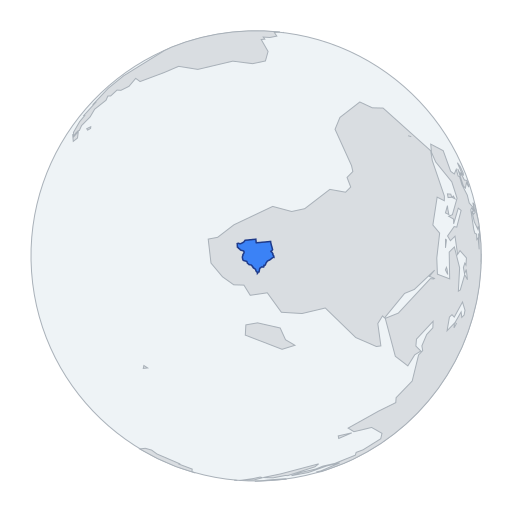 Botswana highlighted on a globe, orthographic projection, rotated 86°
{"feature_id": "BWA", "entity_name": "Botswana", "entity_type": "country or territory", "adm_level": 0, "iso_a3": "BWA", "parent_name": "Africa", "parent_adm1": "", "projection": "orthographic", "projection_center": [24.585, -22.321], "detail": "fine", "context": "on_globe", "style": "filled", "palette": "blue", "viewbox_px": 512, "rotation_deg": 86, "n_neighbors": 0, "source": "natural_earth", "source_scale": "50m", "svg_char_len": 6952}
<svg xmlns="http://www.w3.org/2000/svg" viewBox="0 0 512 512"><g transform="rotate(86 256 256)"><circle cx="256" cy="256" r="225" fill="#eef3f6" stroke="#a8b0b8"/><path d="M34.2,216.5L34.3,222.1L38.1,219.9L39.0,226.9L38.1,233.5L40.3,232.1L40.4,235.7L52.8,229.7L62.1,233.0L63.9,246.0L60.0,265.6L65.8,301.0L61.4,320.0L66.5,334.6L73.9,359.5L70.4,363.6L77.9,370.9L81.3,379.2L80.8,383.1L86.2,389.8L86.1,392.6L90.2,394.8L98.3,406.7L105.7,411.8L113.7,420.9L118.5,423.5L118.6,424.6L120.7,427.1L123.7,429.2L120.0,429.5L109.6,422.5L104.0,417.1L103.8,418.0L90.9,404.5L93.8,408.4L78.3,391.6L66.9,375.3L44.7,333.1L42.2,326.8L41.9,326.2L37.5,311.0L34.2,295.4L32.0,279.7L30.9,263.9L30.9,248.1L32.0,232.3L34.2,216.5ZM128.9,430.3L121.7,430.4L124.5,429.7L119.5,424.6L125.8,425.8L128.9,430.3ZM117.2,416.0L115.5,411.8L117.2,412.1L118.7,415.2L117.2,416.0ZM279.5,32.0L277.9,31.8L269.4,31.1L277.4,32.1L276.6,31.8L281.1,32.3L283.1,32.4L286.3,32.8L285.7,32.7L301.4,35.3L316.9,39.1L332.1,44.0L346.9,49.9L361.3,56.8L375.1,64.8L388.3,73.7L400.9,83.5L412.7,94.2L423.8,105.7L434.0,117.9L443.3,130.9L451.7,144.4L459.1,158.6L465.5,173.2L465.6,173.4L469.1,183.0L474.8,202.5L475.7,206.0L475.7,211.0L474.9,206.2L468.2,186.9L470.4,200.2L475.6,218.8L477.6,235.9L475.1,226.5L472.7,211.3L470.3,204.0L468.4,191.8L461.6,170.8L458.9,169.8L456.8,162.7L447.0,144.3L441.7,142.7L435.1,152.6L438.1,170.6L434.1,176.1L419.3,144.6L412.0,126.8L407.1,126.1L391.6,108.9L366.0,100.7L362.0,96.3L357.2,96.8L346.2,91.2L340.0,84.6L333.5,83.9L350.1,101.7L357.0,102.8L362.3,98.2L365.6,104.5L376.2,112.2L365.8,124.0L327.2,131.4L322.9,118.0L290.7,83.6L291.3,80.5L291.2,80.1L290.8,79.5L288.4,84.5L282.6,78.8L300.4,100.4L303.7,110.4L326.7,132.1L324.6,134.0L331.9,139.2L354.4,137.7L354.7,142.2L344.3,162.2L312.7,190.5L316.6,214.1L313.9,234.6L293.5,247.3L294.8,264.5L284.2,270.1L283.2,280.2L274.4,290.9L259.9,301.4L235.8,302.5L234.7,293.0L223.3,275.8L207.7,235.9L214.1,217.3L212.2,204.1L194.7,177.7L198.6,162.2L193.8,156.7L184.0,159.7L178.5,153.5L172.5,154.4L135.1,168.3L123.6,162.6L109.6,141.7L116.3,129.6L117.3,118.9L163.2,74.4L173.1,73.5L209.4,63.9L214.0,64.3L209.9,71.2L237.4,77.4L246.0,71.2L270.6,75.8L286.8,76.3L292.3,64.4L265.6,63.0L260.8,57.5L282.0,53.7L305.2,56.6L304.1,54.6L289.2,49.1L294.4,46.7L284.1,47.2L288.4,49.2L282.0,49.9L277.7,48.2L279.7,47.2L272.6,46.2L264.9,52.1L268.5,54.8L250.1,56.1L254.3,61.0L249.4,63.5L240.5,56.3L241.2,53.7L224.8,48.2L222.4,50.9L237.7,56.6L233.0,56.3L229.8,61.0L228.5,57.2L212.4,51.4L195.7,55.5L174.7,70.2L164.9,73.7L156.6,73.9L164.0,61.9L185.1,55.9L188.0,52.5L183.5,50.2L190.3,48.8L191.0,47.4L199.0,45.7L210.0,41.0L218.0,39.6L222.2,36.4L226.9,35.5L223.1,37.5L224.8,38.5L244.8,36.9L248.6,36.1L249.6,34.4L255.0,34.6L253.5,33.2L264.9,32.9L249.7,32.4L250.6,31.5L257.3,30.9L254.9,30.8L243.9,31.8L242.0,32.4L244.7,32.9L237.0,35.9L230.2,36.9L227.9,34.4L217.9,36.0L220.5,34.2L239.0,31.4L259.3,30.7L279.5,32.0ZM147.8,92.8L146.6,95.9L147.8,92.8ZM330.4,67.3L343.9,70.6L336.8,62.7L341.5,63.5L337.4,60.8L336.3,62.1L326.1,55.3L331.6,55.0L329.4,52.5L324.7,51.3L316.3,53.2L330.8,62.5L328.2,64.6L330.4,67.3ZM35.0,212.5L34.9,212.8L34.8,213.3L35.0,212.5ZM187.5,43.6L190.2,43.4L187.2,45.1L177.0,48.6L181.2,46.0L187.5,43.6ZM194.8,42.8L195.3,40.3L201.7,38.6L198.0,39.9L202.2,39.0L197.4,40.9L202.9,42.4L200.6,44.2L183.1,48.7L190.1,46.0L186.9,46.1L194.8,42.8ZM219.1,61.5L222.6,61.4L228.1,60.7L226.2,64.0L219.1,61.5ZM207.9,57.4L211.1,56.6L211.1,60.3L207.4,60.7L207.9,57.4ZM212.8,53.5L211.2,56.3L209.9,55.0L212.8,53.5ZM226.0,36.9L229.4,36.4L229.8,36.7L227.9,37.6L226.0,36.9ZM287.8,66.0L283.1,68.0L280.6,66.8L282.7,66.3L287.8,66.0ZM253.2,64.9L261.1,66.4L252.6,65.8L253.2,64.9ZM360.1,371.9L360.3,376.3L357.4,375.5L360.1,371.9ZM350.9,236.5L334.2,272.2L324.0,270.9L322.8,259.1L329.5,236.9L341.6,232.4L347.8,223.4L350.9,236.5ZM478.2,293.4L478.3,291.9L478.6,290.3L478.3,292.4L478.2,293.4ZM478.8,288.0L477.9,274.8L476.8,267.3L477.6,264.8L479.3,273.8L478.8,288.0ZM477.5,264.3L475.1,246.7L467.7,208.0L470.4,211.9L477.3,239.7L477.0,242.0L478.5,254.5L477.5,264.3ZM480.7,272.4L480.6,272.9L480.6,264.9L480.3,260.2L480.2,246.1L480.3,241.4L480.8,244.2L480.8,241.0L480.7,272.4ZM439.1,172.8L443.8,186.2L441.2,186.5L439.1,172.8ZM440.4,385.4L440.1,379.9L442.3,373.7L446.6,368.6L458.2,346.1L458.0,347.9L464.1,334.5L466.8,335.0L468.2,331.7L460.6,350.4L451.3,368.3L440.4,385.4Z" fill="#d9dde1" stroke="#a8b0b8" stroke-width="1"/><path d="M258.5,238.2L258.4,238.4L258.4,238.7L258.5,238.9L258.6,239.2L258.8,239.4L259.0,239.6L259.2,240.0L259.4,240.4L259.6,240.8L260.4,241.6L260.5,241.9L260.6,242.2L261.0,242.7L261.1,242.9L261.1,243.3L261.6,244.4L261.9,245.1L262.1,245.2L263.0,245.9L263.7,246.5L264.6,246.9L265.3,247.2L265.6,247.4L265.7,247.5L265.9,247.9L265.9,248.5L265.9,248.8L266.6,248.8L267.2,248.9L267.4,249.0L267.5,249.1L267.4,249.3L267.4,249.7L267.5,250.0L267.4,250.3L267.3,250.7L267.3,251.2L267.4,251.4L267.9,252.0L268.2,252.4L268.4,252.9L268.5,253.1L269.1,253.3L270.4,253.6L271.2,253.8L271.8,254.0L272.1,254.1L272.1,254.7L272.2,254.9L272.2,255.1L272.3,255.2L272.5,255.2L272.9,255.3L273.2,255.6L273.4,255.8L272.5,255.8L272.1,256.1L271.8,256.5L271.4,256.8L270.9,257.0L270.4,257.2L269.8,257.2L269.1,257.6L268.5,258.3L268.1,258.8L268.0,259.1L267.7,259.2L267.5,259.4L267.5,259.6L267.3,259.7L267.0,259.6L266.9,259.8L266.7,260.1L266.2,260.3L265.8,260.4L265.6,260.7L265.4,260.8L265.2,260.8L265.0,261.0L264.6,261.5L264.1,263.6L263.8,263.8L263.3,264.2L262.9,264.7L262.7,264.9L262.5,265.1L261.5,265.3L261.2,265.4L260.7,265.6L260.5,266.3L260.2,267.1L260.0,267.7L259.8,268.3L259.5,268.9L259.3,269.1L259.0,269.3L258.7,269.4L258.2,269.5L257.8,269.5L257.5,269.5L257.0,269.7L256.6,269.7L255.9,269.6L255.3,269.5L255.1,269.4L254.6,269.0L254.3,269.0L253.8,269.0L253.5,268.9L253.3,268.7L252.8,268.2L252.2,267.9L251.8,267.7L251.3,267.6L250.9,267.7L250.6,267.8L250.4,267.8L250.2,268.0L249.9,268.4L249.7,268.9L249.7,269.2L249.4,269.9L249.1,270.8L249.0,271.0L248.8,271.2L248.5,271.4L247.7,272.0L247.2,272.8L247.0,273.0L246.6,273.1L246.3,273.2L246.2,273.3L246.0,273.7L245.9,273.9L245.7,273.9L245.2,273.9L243.7,273.9L243.3,273.8L243.0,273.8L242.5,274.0L242.3,273.9L242.2,273.5L242.1,272.9L242.1,272.4L242.3,272.0L242.5,271.7L242.7,271.3L242.7,271.1L242.7,270.9L242.6,270.6L242.6,270.3L242.3,269.6L241.9,268.6L241.4,267.6L241.2,267.3L240.9,266.9L239.8,266.0L239.6,265.9L239.5,265.0L239.5,263.8L239.5,262.7L239.4,261.6L239.4,260.5L239.4,259.3L239.3,258.2L239.3,257.1L239.3,255.9L239.2,255.0L240.1,255.0L241.1,254.9L242.3,254.9L242.8,254.9L242.9,254.7L242.8,254.0L242.8,252.4L242.8,250.8L242.7,249.2L242.7,247.6L242.7,246.0L242.6,244.4L242.6,242.8L242.5,241.2L242.5,240.4L243.5,240.4L244.6,240.2L246.4,239.9L248.1,239.5L249.2,239.3L250.4,239.1L250.9,239.0L251.0,239.1L251.8,239.9L252.2,240.6L252.3,240.8L252.5,240.8L252.7,240.7L253.3,240.1L253.4,239.9L253.8,239.6L254.3,239.3L254.7,239.1L255.2,238.9L255.4,239.0L255.6,239.1L255.8,239.2L256.8,238.5L257.2,238.3L258.4,238.2L258.5,238.2Z" fill="#3b82f6" stroke="#1e3a8a" stroke-width="1.5"/></g></svg>